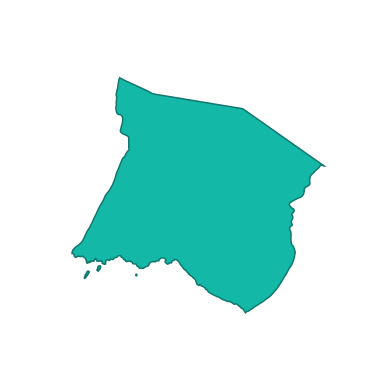 Maekel Deb.Keih Bahri, Debubawi Keyih Bahri, Eritrea, rotated 161°
{"feature_id": "51966322B58552537539737", "entity_name": "Maekel Deb.Keih Bahri", "entity_type": "district", "adm_level": 2, "iso_a3": "ERI", "parent_name": "Eritrea", "parent_adm1": "Debubawi Keyih Bahri", "projection": "albers", "projection_center": [41.68, 13.747], "detail": "fine", "context": "isolated", "style": "filled", "palette": "teal", "viewbox_px": 384, "rotation_deg": 161, "n_neighbors": 0, "source": "geoboundaries", "source_scale": "gbopen_adm2", "svg_char_len": 6007}
<svg xmlns="http://www.w3.org/2000/svg" viewBox="0 0 384 384"><g transform="rotate(161 192 192)"><path d="M58.6,173.6L116.9,254.2L195.7,296.8L196.4,297.4L197.3,297.9L201.5,302.4L219.7,319.8L223.2,323.6L224.4,322.2L225.3,320.3L226.1,319.3L227.8,315.7L229.0,313.6L230.0,312.4L232.1,308.6L232.1,307.5L232.8,305.0L234.3,301.8L234.9,300.1L235.0,298.9L235.8,298.1L236.8,295.7L237.3,292.9L237.3,291.4L237.2,290.5L236.3,289.2L234.8,288.6L234.0,287.8L233.7,287.3L233.4,285.5L233.5,284.2L235.0,280.6L239.6,273.7L240.0,272.7L239.8,271.7L239.1,270.4L237.8,268.9L235.9,267.2L234.4,265.5L234.1,264.8L234.2,263.6L234.9,261.8L236.2,257.7L237.1,255.5L237.7,252.6L238.4,252.0L239.6,251.5L241.9,249.8L244.0,247.5L245.7,246.9L247.9,245.1L253.0,239.1L257.0,234.7L258.3,233.0L260.4,229.7L264.6,224.9L269.5,220.5L273.2,218.2L275.4,216.5L278.8,212.8L283.5,208.8L285.9,206.6L288.8,203.4L294.1,198.2L295.6,196.4L299.6,192.5L302.0,190.4L303.7,189.2L310.4,182.3L312.3,180.8L313.7,180.0L316.5,178.8L320.0,177.8L323.4,176.1L325.3,173.7L325.2,173.2L325.4,172.8L324.6,172.5L324.5,172.3L324.1,172.2L324.2,171.8L323.8,171.3L324.2,169.7L323.8,169.3L323.6,168.2L322.9,167.9L322.3,168.1L321.9,168.1L321.2,168.5L320.8,168.5L319.2,167.8L319.0,167.5L318.8,167.5L318.0,167.0L317.4,167.2L316.4,166.9L315.1,164.9L314.5,164.3L314.5,164.0L314.2,163.4L314.4,162.1L314.1,161.8L314.1,161.5L314.6,160.1L314.4,159.8L314.6,159.3L314.4,158.9L314.0,158.8L313.4,158.8L313.2,159.3L312.9,159.5L312.5,159.0L311.5,158.8L311.1,159.5L310.6,159.7L310.3,159.7L310.6,159.0L310.4,158.9L309.7,159.1L308.5,159.2L308.2,159.0L307.5,158.6L307.3,158.7L307.3,159.1L307.0,159.3L306.6,159.3L306.3,159.7L305.5,159.9L305.4,160.5L305.1,160.8L304.9,160.8L304.4,160.1L304.6,159.3L304.3,158.5L304.5,158.4L304.5,158.0L304.4,157.7L303.4,157.3L303.1,157.0L302.1,157.0L301.5,156.5L301.0,156.5L300.8,156.7L300.5,156.7L300.1,156.5L299.9,156.0L299.7,154.9L300.1,154.0L299.4,153.2L298.8,152.8L298.8,152.5L298.3,152.4L298.0,152.0L297.5,152.0L297.0,152.3L297.0,153.3L296.4,153.7L296.5,154.0L296.2,154.3L296.1,155.0L295.0,155.4L294.0,155.5L292.5,154.2L291.6,154.4L291.1,154.9L290.2,155.0L289.2,154.0L288.7,154.0L287.9,154.2L287.4,154.9L286.0,154.9L285.8,155.0L284.5,154.7L283.4,155.1L282.8,155.7L281.7,155.6L280.8,155.2L280.3,154.8L280.0,154.2L280.0,153.2L279.4,152.9L278.8,152.3L278.7,151.2L278.3,150.2L278.0,149.9L277.6,150.0L277.4,149.7L277.2,149.1L277.3,148.5L276.9,147.9L276.4,147.4L274.3,147.3L273.9,147.0L273.6,147.1L273.1,146.8L272.7,146.2L272.4,146.2L272.0,146.1L271.4,144.9L271.4,144.0L271.1,143.3L268.5,142.2L268.2,141.4L267.9,139.5L267.1,139.1L266.6,137.3L266.2,137.1L266.1,136.8L265.1,136.7L264.6,136.2L262.9,135.8L261.4,136.0L260.8,136.3L257.2,136.5L256.9,137.0L256.0,137.5L255.8,138.2L255.1,138.4L254.7,138.8L254.2,139.1L251.5,138.9L251.2,138.8L250.9,138.5L250.2,138.5L249.8,138.0L248.9,138.0L248.1,138.3L247.1,138.3L245.9,137.7L245.3,138.3L245.1,138.9L244.1,139.1L243.5,139.5L242.8,139.6L240.8,139.1L239.8,138.4L239.3,137.9L238.8,136.6L238.8,135.9L239.2,135.9L239.6,135.3L240.0,135.1L240.2,134.6L240.1,134.3L239.8,134.1L239.7,133.3L239.1,132.4L238.8,132.3L238.7,131.8L237.3,131.7L236.4,132.4L236.1,132.4L235.2,132.0L235.0,131.7L234.7,131.6L234.0,132.1L233.2,133.4L232.3,133.4L231.7,133.2L230.9,133.4L230.7,133.8L230.4,133.8L229.2,133.4L228.2,132.2L227.2,130.2L226.7,128.7L226.6,127.2L226.3,126.8L226.3,126.5L226.5,126.6L226.5,126.4L226.2,126.2L225.7,125.3L225.3,123.5L224.9,122.7L224.9,122.0L224.6,121.9L224.5,121.6L224.4,121.5L224.3,121.1L224.1,121.0L223.9,120.5L223.4,119.9L222.8,118.2L222.5,117.7L221.9,116.0L221.9,115.6L221.7,115.6L220.7,113.6L219.2,111.6L219.0,110.9L218.7,110.7L218.4,109.8L218.0,109.3L217.4,107.6L217.3,103.0L215.9,101.4L215.5,101.4L215.0,101.9L214.4,101.7L214.0,101.0L213.8,100.0L212.3,99.0L211.2,97.5L210.7,96.4L210.8,95.7L210.1,95.1L209.7,94.6L209.4,94.0L209.4,93.4L208.9,92.1L208.4,91.2L206.9,89.7L206.3,88.9L206.0,88.7L205.7,88.2L204.7,87.3L204.0,86.5L202.9,85.5L202.8,85.2L202.1,84.9L201.1,84.0L199.6,82.4L199.2,81.6L198.2,80.7L198.1,80.3L196.6,79.4L195.5,78.2L194.9,77.9L194.3,77.1L193.0,76.5L192.8,76.4L191.9,76.3L191.2,75.2L189.7,73.8L189.6,73.4L189.0,72.5L188.2,72.0L187.2,72.0L186.5,71.8L185.7,70.9L185.1,69.5L184.4,68.8L183.6,66.9L183.1,66.1L182.3,65.4L181.5,63.9L181.2,62.0L180.8,60.4L179.9,60.9L179.2,61.0L176.9,61.1L174.8,61.8L173.0,62.1L169.9,63.1L161.4,65.1L152.7,67.8L150.5,68.8L144.2,72.3L140.7,74.8L136.3,78.3L134.0,80.3L134.0,80.5L130.4,83.1L126.7,86.5L125.0,88.1L122.3,90.0L120.8,91.3L116.5,96.9L115.5,99.0L114.6,100.2L114.0,101.6L113.8,105.7L113.9,107.3L114.7,110.0L114.8,111.0L114.3,113.8L113.5,116.3L112.6,118.3L111.7,121.2L111.5,123.0L111.8,125.4L111.3,126.4L110.2,127.3L109.8,127.6L108.4,127.7L108.0,128.1L107.8,129.1L108.0,131.4L107.0,132.8L105.4,134.3L104.8,135.4L104.7,136.1L105.0,138.2L104.9,138.6L103.7,139.4L103.3,139.4L101.9,140.4L101.3,141.5L101.4,142.6L101.9,143.3L102.8,144.2L103.4,145.4L104.2,147.8L104.1,148.7L103.2,149.6L102.2,150.1L98.6,150.9L94.3,151.6L90.4,151.8L88.5,152.6L87.6,153.3L86.4,154.8L84.8,158.0L84.4,158.6L83.7,159.3L82.3,159.7L79.8,160.0L78.2,160.9L77.7,161.7L77.0,164.8L76.6,165.6L75.3,167.9L74.2,169.0L72.5,169.9L71.0,170.4L68.5,172.0L64.6,173.4L62.8,174.7L61.7,175.2L60.7,175.3L59.1,173.8L58.6,173.6ZM321.4,146.0L321.8,145.8L321.8,145.5L321.5,145.4L320.7,145.5L320.3,145.7L320.1,146.2L319.5,146.3L319.2,146.7L317.9,147.4L317.6,147.8L316.8,148.3L315.2,149.8L315.4,150.6L316.0,151.1L316.6,151.0L316.7,150.8L317.2,150.7L317.4,150.4L317.8,150.3L318.6,149.1L319.1,148.8L319.6,148.8L320.2,147.5L321.1,146.8L321.1,146.3L321.4,146.0ZM307.3,149.2L306.8,148.9L306.8,148.1L306.6,147.7L305.6,148.5L304.2,148.9L304.1,149.3L303.0,150.3L303.1,150.7L302.7,151.2L302.9,151.4L302.9,152.2L303.8,152.2L304.1,152.5L304.6,152.5L304.9,152.1L305.0,151.6L305.6,151.4L305.7,151.0L306.1,150.7L305.9,150.2L306.2,149.5L306.5,149.3L307.2,149.4L307.3,149.2ZM271.9,132.3L272.1,132.0L272.2,131.1L272.0,130.9L271.6,130.8L271.3,131.0L271.0,132.1L271.2,132.3L271.9,132.3Z" fill="#14b8a6" stroke="#0f766e" stroke-width="1.5"/></g></svg>